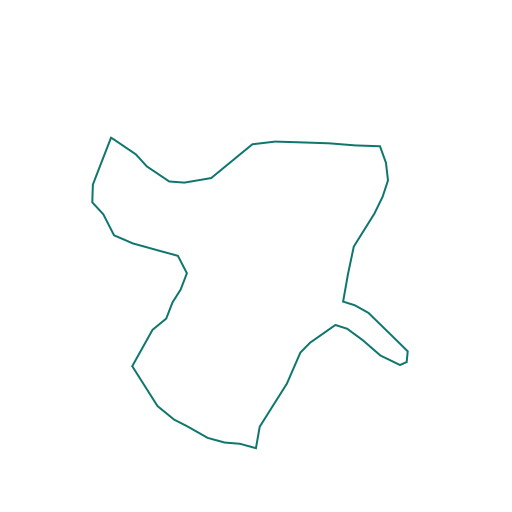 the district of Kanggye City, Chagang-do, North Korea, rotated 63°
{"feature_id": "82179303B59934044847437", "entity_name": "Kanggye City", "entity_type": "district", "adm_level": 2, "iso_a3": "PRK", "parent_name": "North Korea", "parent_adm1": "Chagang-do", "projection": "mercator", "projection_center": [126.593, 40.947], "detail": "fine", "context": "isolated", "style": "outline", "palette": "teal", "viewbox_px": 512, "rotation_deg": 63, "n_neighbors": 0, "source": "geoboundaries", "source_scale": "gbopen_adm2", "svg_char_len": 927}
<svg xmlns="http://www.w3.org/2000/svg" viewBox="0 0 512 512"><g transform="rotate(63 256 256)"><path d="M214.5,95.7L202.5,117.4L188.9,139.5L174.7,165.2L162.8,186.9L154.8,208.5L158.6,225.9L162.4,243.2L166.2,260.5L158.1,286.5L150.2,299.5L126.6,312.6L110.9,316.9L87.3,329.9L84.8,331.5L95.0,342.9L106.6,355.9L118.3,368.9L128.2,374.4L133.9,377.5L149.6,373.1L161.3,373.1L173.1,373.1L188.8,360.1L200.7,347.1L208.6,338.5L220.4,325.5L240.0,325.4L251.7,338.4L259.4,351.4L271.0,364.4L274.8,381.7L286.4,399.0L298.0,416.3L345.0,411.9L364.7,403.2L376.5,394.6L396.2,381.6L408.0,368.6L416.0,355.6L427.2,343.3L409.8,330.2L396.8,308.4L383.8,286.5L362.2,260.3L357.8,247.2L353.5,216.6L362.2,207.8L379.5,199.1L401.2,190.3L418.5,177.2L418.9,169.9L409.8,164.1L383.8,172.8L357.8,181.6L344.8,190.3L336.2,199.1L313.8,182.2L292.0,164.6L272.0,131.3L260.7,116.3L248.6,104.1L232.0,97.9L214.5,95.7Z" fill="none" stroke="#0f766e" stroke-width="2"/></g></svg>